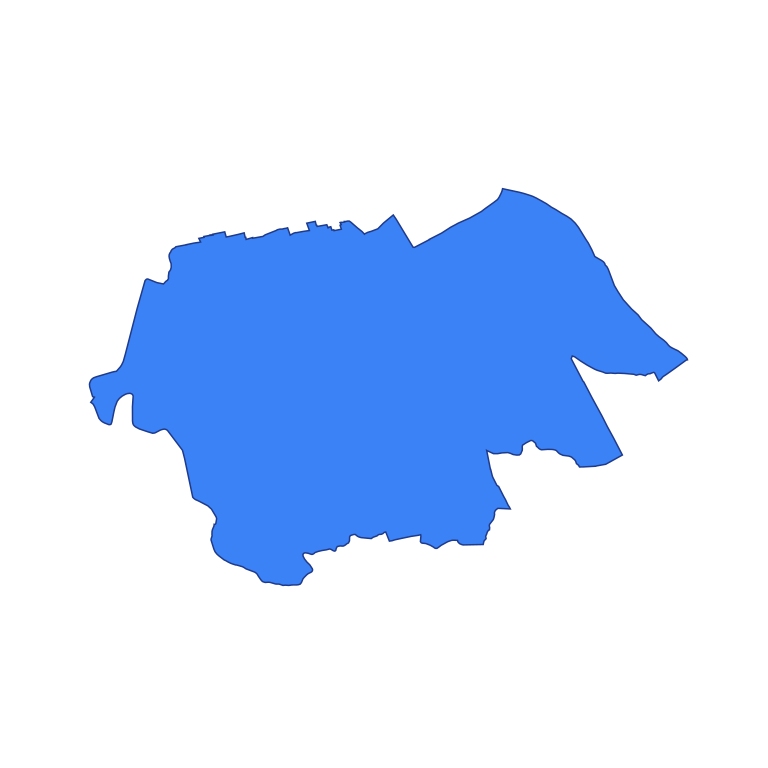 outline of Funza, Cundinamarca, Colombia, rotated 110°
{"feature_id": "7082276B8627668413751", "entity_name": "Funza", "entity_type": "district", "adm_level": 2, "iso_a3": "COL", "parent_name": "Colombia", "parent_adm1": "Cundinamarca", "projection": "natural_earth1", "projection_center": [-74.204, 4.746], "detail": "fine", "context": "isolated", "style": "filled", "palette": "blue", "viewbox_px": 768, "rotation_deg": 110, "n_neighbors": 0, "source": "geoboundaries", "source_scale": "gbopen_adm2", "svg_char_len": 6171}
<svg xmlns="http://www.w3.org/2000/svg" viewBox="0 0 768 768"><g transform="rotate(110 384 384)"><path d="M222.0,433.1L232.9,439.5L240.3,442.9L244.7,448.0L247.1,451.2L249.4,453.4L249.9,453.6L248.3,456.7L246.8,461.1L246.8,461.3L243.3,470.4L242.8,472.3L243.4,474.0L244.4,475.6L244.8,476.8L245.3,476.5L246.9,479.4L246.7,479.6L247.3,480.5L248.9,478.7L249.8,479.6L253.1,477.0L257.0,483.4L256.3,483.9L257.2,485.6L254.4,487.8L255.4,489.3L255.6,489.2L256.4,490.0L253.9,492.2L258.8,500.7L257.8,501.5L257.9,502.0L254.7,504.2L259.3,511.6L265.3,506.6L268.3,512.2L271.7,518.0L272.0,518.9L273.2,520.5L276.2,523.1L270.2,528.0L271.1,529.2L272.2,531.2L273.1,532.4L274.1,534.9L275.6,537.1L276.4,537.6L284.5,546.7L286.7,548.2L291.9,557.2L291.3,557.5L295.3,563.0L293.4,564.1L293.6,564.7L289.8,567.1L293.3,572.2L298.5,580.3L299.8,582.6L295.5,585.7L301.8,596.1L302.3,595.6L302.4,595.8L302.2,595.9L302.6,596.4L302.8,596.2L302.9,596.4L302.6,596.6L303.2,597.6L303.5,597.4L303.6,597.6L303.2,597.9L303.5,598.4L303.7,598.1L307.0,603.7L307.7,603.2L310.5,607.8L313.3,604.9L314.5,606.8L314.8,607.5L316.7,611.0L320.6,617.3L320.7,617.2L326.2,626.5L327.4,627.0L329.7,629.0L331.5,629.6L332.9,629.6L334.1,630.0L335.7,630.1L337.4,629.7L339.6,628.5L342.0,626.7L343.7,625.2L347.0,623.9L348.7,623.7L350.2,623.7L352.4,624.4L356.4,623.5L358.8,622.6L360.6,623.0L362.3,624.2L365.4,625.4L366.4,632.0L366.1,641.8L366.4,642.6L367.0,643.2L368.5,643.9L397.4,641.8L444.1,637.3L452.0,636.7L455.9,637.1L458.3,637.7L463.6,639.8L464.3,641.2L465.8,643.5L475.6,656.8L477.4,658.9L478.3,659.6L479.9,660.5L481.6,660.8L483.8,660.9L484.9,660.7L487.3,659.6L495.4,653.6L495.6,653.1L495.4,652.1L495.4,651.6L501.5,653.3L502.1,651.1L502.9,649.8L504.6,647.9L513.8,640.0L515.2,637.5L515.8,635.8L516.2,633.4L516.3,628.6L515.8,627.4L515.2,626.8L514.3,626.7L512.3,626.8L502.6,628.3L497.6,628.9L491.4,628.8L488.0,627.7L484.9,625.9L482.0,623.4L480.8,621.9L479.6,619.5L479.6,617.8L479.8,617.0L480.2,616.4L481.1,615.6L491.4,612.6L504.7,607.7L506.8,606.6L508.0,605.6L508.7,604.4L509.3,602.8L509.9,598.4L509.7,589.8L509.4,584.6L508.4,582.6L503.6,578.2L502.0,576.0L501.4,574.7L501.3,573.5L501.4,572.5L501.8,571.4L515.2,550.7L522.2,545.9L555.8,525.0L556.5,523.7L557.1,521.7L557.3,518.6L558.7,507.9L560.6,503.3L566.4,496.2L567.8,495.2L572.8,494.3L573.5,494.6L573.9,495.3L573.9,495.6L575.8,495.2L579.4,495.4L581.3,495.2L584.8,494.0L585.3,493.6L588.5,493.5L589.7,493.2L597.2,487.5L599.4,485.4L600.9,483.0L601.9,480.6L604.0,474.0L604.1,472.3L604.5,470.2L604.9,466.8L604.9,464.1L604.8,461.6L604.5,460.5L604.3,457.8L604.1,454.5L604.3,452.9L604.9,450.5L605.0,441.4L605.2,440.2L606.0,438.2L607.6,436.3L610.2,432.6L610.9,431.3L611.2,430.5L611.2,429.0L611.1,427.7L609.8,424.8L609.4,423.3L609.0,417.4L607.9,414.1L607.8,410.0L606.8,408.0L605.8,404.5L604.3,401.7L602.6,397.2L601.9,395.8L600.7,394.3L598.9,393.7L594.8,393.5L593.1,392.9L589.8,391.4L588.0,390.3L586.0,388.3L585.0,387.6L584.0,387.4L583.1,387.5L582.1,388.2L581.4,389.1L579.5,391.6L578.7,393.2L577.8,395.3L575.7,398.7L573.4,401.2L571.7,401.9L570.7,401.6L569.9,400.9L569.5,400.0L569.0,397.5L568.9,394.2L568.8,393.5L568.4,392.8L567.4,391.9L565.9,391.1L563.7,388.4L561.8,385.5L559.5,381.4L557.9,379.1L557.6,378.5L557.5,377.3L558.0,374.9L558.0,374.0L557.9,373.2L557.5,372.7L556.7,372.4L555.5,372.6L554.3,372.6L552.7,372.3L551.2,369.9L550.6,367.8L550.0,366.5L548.2,365.0L547.1,364.5L545.5,363.0L543.2,362.8L539.5,364.0L538.4,363.9L537.5,363.3L535.8,361.0L535.2,359.6L536.1,357.0L536.3,355.6L536.2,353.1L533.6,343.1L531.7,341.8L529.1,338.6L527.5,337.7L526.9,336.8L526.1,335.1L525.0,333.9L523.3,333.0L522.5,331.7L529.8,325.2L528.5,322.8L526.7,320.5L522.8,314.3L517.8,306.2L514.5,300.1L513.1,298.0L514.3,297.3L519.6,295.9L520.4,294.8L520.5,293.8L519.6,290.1L519.7,285.4L520.4,281.4L520.8,280.5L520.8,279.2L520.3,278.0L518.5,276.7L516.0,275.1L510.4,270.2L508.1,267.4L507.2,265.8L505.8,261.4L506.8,260.8L507.5,259.9L508.2,258.2L508.3,255.6L508.1,254.5L500.9,235.9L498.0,236.3L496.9,236.2L494.9,235.3L494.3,235.2L492.5,236.3L491.8,236.4L490.2,236.2L487.8,236.3L485.7,235.8L485.0,235.0L482.8,235.6L481.2,236.6L479.8,236.8L473.9,234.9L471.8,235.0L469.0,235.4L467.4,236.1L466.6,236.3L464.6,236.1L461.9,234.5L458.2,222.6L456.8,224.1L455.2,226.2L451.1,230.3L448.8,233.0L441.1,241.2L440.6,243.3L434.3,250.0L432.9,251.1L427.7,254.6L427.8,254.8L411.3,264.8L411.4,264.3L412.0,257.3L410.6,253.4L408.4,249.6L406.1,244.2L405.9,241.7L406.1,238.5L405.4,235.0L404.4,232.6L402.9,231.6L399.0,231.4L397.1,232.0L395.9,232.6L394.1,232.9L390.4,230.1L387.0,226.9L386.5,225.6L386.6,224.6L387.8,221.4L390.5,219.3L390.7,218.3L391.6,216.5L392.0,214.8L391.9,213.4L389.4,207.8L388.1,204.0L387.7,202.4L387.5,200.5L387.6,199.3L389.1,196.3L389.6,194.6L389.8,191.4L388.5,185.6L388.5,182.9L390.1,178.7L391.0,177.5L393.0,175.9L393.8,173.5L395.1,171.9L393.8,168.5L388.8,156.8L388.3,156.3L383.6,148.2L369.2,135.7L356.5,149.5L347.6,159.6L339.8,167.9L325.7,183.9L313.7,197.0L313.3,198.0L296.2,216.7L293.3,216.7L293.2,214.3L295.3,206.5L296.8,199.4L298.0,191.4L298.2,188.5L297.9,182.6L298.0,179.5L297.6,178.0L296.1,174.5L295.0,170.4L293.8,167.9L291.8,161.5L289.4,152.5L289.5,150.3L289.4,149.9L287.7,147.5L287.1,145.6L286.8,141.3L285.2,140.3L284.1,139.2L283.3,137.4L282.7,136.9L280.9,134.7L280.8,134.1L280.9,133.6L281.7,132.7L287.1,127.0L284.6,125.4L283.6,125.0L282.6,124.8L281.2,124.0L278.8,122.2L270.1,116.2L258.2,108.2L257.5,107.1L256.7,107.7L256.0,108.6L255.1,110.5L253.7,114.3L252.3,118.8L251.6,125.4L251.1,128.1L250.3,129.9L248.6,132.7L247.2,136.1L245.5,141.8L243.9,145.8L240.2,152.3L235.6,163.5L234.8,164.9L232.2,168.8L228.8,177.1L223.0,188.0L217.3,195.6L212.7,201.2L199.5,212.5L197.5,214.7L196.5,216.9L195.2,217.8L194.2,219.4L193.6,221.4L192.1,229.5L186.8,234.6L181.6,240.3L179.1,243.7L170.3,254.8L167.4,259.4L165.0,264.7L163.8,269.6L162.9,275.1L161.3,282.5L160.6,287.1L159.0,293.1L157.2,304.3L156.8,308.3L156.8,310.7L157.1,317.6L157.5,322.0L159.9,339.4L162.4,339.1L164.8,339.2L169.1,339.7L171.8,340.4L175.9,343.0L184.5,348.9L188.6,351.5L198.7,360.2L207.6,369.4L209.9,371.4L213.8,374.9L222.5,381.5L232.6,390.9L232.8,390.7L233.2,391.1L245.2,402.1L245.5,403.5L225.1,428.8L222.0,433.1Z" fill="#3b82f6" stroke="#1e3a8a" stroke-width="1.5"/></g></svg>